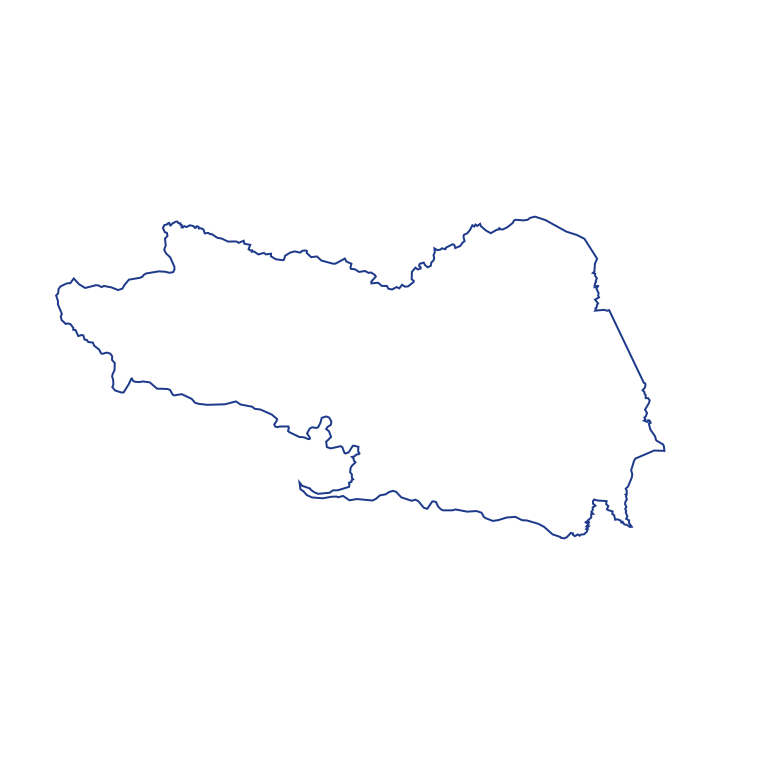 Norosi, Bolívar, Colombia (Natural Earth projection), rotated 60°
{"feature_id": "7082276B10852217630154", "entity_name": "Norosi", "entity_type": "district", "adm_level": 2, "iso_a3": "COL", "parent_name": "Colombia", "parent_adm1": "Bolívar", "projection": "natural_earth1", "projection_center": [-74.124, 8.493], "detail": "fine", "context": "isolated", "style": "outline", "palette": "blue", "viewbox_px": 768, "rotation_deg": 60, "n_neighbors": 0, "source": "geoboundaries", "source_scale": "gbopen_adm2", "svg_char_len": 6165}
<svg xmlns="http://www.w3.org/2000/svg" viewBox="0 0 768 768"><g transform="rotate(60 384 384)"><path d="M137.5,599.9L139.8,605.2L138.3,608.3L137.7,615.3L139.1,618.4L142.5,620.8L143.4,623.7L149.3,624.9L151.9,626.6L162.2,627.9L163.9,630.1L167.3,631.2L172.9,629.6L173.4,627.6L175.2,625.7L179.8,625.0L181.7,626.0L182.9,624.2L189.6,624.8L190.4,621.3L191.6,620.1L195.9,621.1L197.1,619.4L199.8,619.1L202.6,615.4L206.0,615.9L211.6,613.5L216.0,613.7L217.1,612.7L218.1,608.6L220.5,606.1L222.7,605.6L224.4,605.7L227.2,607.5L231.2,606.7L237.4,610.5L239.7,614.1L241.8,615.8L245.1,616.5L249.4,618.8L250.8,620.8L255.0,620.2L260.0,615.8L261.1,613.7L256.5,605.1L253.1,600.3L253.2,599.6L255.9,599.7L257.5,598.6L260.0,595.0L261.2,591.6L265.5,586.0L274.5,582.9L280.0,574.1L282.0,572.3L287.7,572.3L288.9,571.5L291.7,564.2L300.7,558.0L305.8,557.0L308.7,554.2L313.7,547.4L322.0,532.0L325.1,520.9L330.0,518.5L337.8,509.5L340.8,508.4L344.3,503.8L354.3,496.5L360.9,494.1L362.5,495.7L364.1,499.3L366.4,499.5L368.2,497.7L368.6,495.7L373.0,488.0L374.5,488.4L376.7,490.6L378.3,490.1L387.5,483.9L390.2,479.9L393.9,477.1L394.4,475.8L393.4,475.0L388.4,475.4L385.5,470.7L385.5,467.9L388.2,464.7L388.5,462.6L385.9,458.6L382.2,454.8L383.2,450.3L385.6,448.3L390.1,448.3L392.1,449.8L392.8,450.6L393.0,454.4L394.1,456.6L397.4,455.3L403.4,456.3L405.1,463.0L410.1,465.0L413.1,462.4L416.2,452.6L418.0,451.7L423.8,452.7L424.9,452.2L425.5,448.7L421.9,441.9L422.9,440.3L425.6,437.6L429.4,440.1L431.8,439.9L432.2,440.9L431.3,442.9L431.8,446.0L431.2,448.2L433.3,447.5L435.2,448.4L437.6,447.9L438.8,452.8L440.1,455.0L443.6,457.5L445.9,457.0L449.3,458.7L451.2,458.4L451.1,460.3L452.5,461.1L452.0,463.7L454.3,464.5L455.6,465.8L452.9,477.2L450.6,481.4L451.0,485.4L446.2,495.9L442.9,498.5L438.8,500.4L437.7,500.2L431.2,505.8L427.0,506.4L433.4,509.0L436.6,507.4L441.6,506.4L446.3,503.0L452.3,494.3L455.3,486.1L457.7,481.4L459.1,480.4L460.5,475.4L467.4,472.1L470.2,464.8L479.2,452.1L479.4,448.1L478.4,443.2L480.4,437.6L480.1,433.6L481.0,429.7L483.4,427.4L490.8,425.7L499.0,418.4L499.8,414.8L502.5,412.9L511.1,411.4L513.7,409.0L509.9,400.9L510.2,400.1L512.1,398.0L517.1,398.4L520.7,397.5L522.9,396.1L527.7,387.7L528.4,384.8L536.2,375.7L540.2,367.5L544.2,363.9L549.1,364.0L551.1,363.0L557.0,358.2L559.0,353.1L561.0,344.4L564.7,336.7L571.0,332.5L573.6,328.5L582.2,320.3L587.7,316.8L598.5,313.2L604.6,307.8L605.5,307.8L607.8,305.1L608.1,302.2L606.4,296.8L607.8,295.1L608.8,295.8L611.2,294.8L611.2,291.4L613.2,290.4L612.8,289.0L614.2,285.8L613.3,282.3L611.7,280.2L610.7,281.3L609.6,277.9L608.5,279.7L607.5,276.9L604.6,278.5L604.3,277.5L605.8,275.7L604.0,275.4L603.3,271.4L600.2,269.5L601.0,267.8L598.5,268.4L597.4,266.1L595.2,265.0L595.1,261.8L592.1,262.8L589.9,261.5L589.1,259.8L591.6,257.4L596.7,249.8L599.0,251.6L602.0,250.8L603.8,253.5L604.9,253.2L608.7,249.7L610.6,251.3L612.7,250.3L617.1,251.7L617.8,249.6L620.6,247.3L622.5,247.8L623.2,247.1L622.9,246.2L625.7,246.1L627.6,244.0L630.8,242.5L631.5,240.8L626.8,241.3L624.7,239.9L621.8,241.7L620.3,239.4L615.9,238.8L615.0,237.7L612.8,237.6L611.5,235.5L608.5,235.3L606.5,233.6L605.5,231.5L602.3,230.6L601.6,229.6L600.5,230.0L600.4,228.7L598.0,227.2L595.5,227.0L594.8,223.9L588.9,216.2L586.3,214.1L582.3,213.1L575.3,205.6L574.3,203.4L576.7,183.3L582.1,174.6L577.8,172.7L575.8,172.6L569.5,176.2L568.1,176.4L565.1,175.4L556.6,176.1L550.9,174.5L550.9,172.4L548.1,172.4L547.6,173.4L548.6,173.3L548.5,174.9L545.7,177.2L545.3,175.5L543.2,175.2L543.1,173.7L540.6,170.7L536.7,170.7L532.8,163.8L531.0,162.1L528.5,162.3L527.0,164.4L524.4,162.9L523.1,163.3L521.0,162.5L518.7,163.2L517.7,160.1L515.9,158.2L514.1,157.5L512.8,158.4L432.6,152.1L432.2,154.0L429.7,156.5L426.1,164.4L425.4,163.2L424.2,163.1L424.0,161.6L421.7,159.6L421.3,158.3L416.4,159.0L416.5,154.5L414.6,154.4L412.5,152.7L407.4,152.3L406.3,149.6L405.7,149.9L405.3,153.2L402.5,151.1L401.6,149.2L400.6,149.2L398.9,146.8L396.0,147.1L394.1,146.0L392.3,147.6L391.9,145.6L385.3,141.2L382.0,136.8L358.5,137.8L351.6,142.3L343.2,149.9L322.8,162.2L314.6,169.5L313.2,174.3L313.6,177.5L312.1,181.3L307.6,187.9L307.4,189.6L308.9,192.0L309.9,198.7L309.6,203.7L308.7,205.3L306.7,206.2L307.6,207.3L306.8,209.2L306.8,216.1L302.4,218.8L295.8,221.2L293.4,220.7L293.7,224.3L291.7,225.0L292.7,227.2L290.7,228.1L293.5,232.3L295.1,236.4L294.8,240.3L296.3,241.6L300.6,242.8L300.8,245.1L302.6,249.1L301.9,254.3L298.9,253.6L297.3,254.6L296.9,262.0L298.0,263.4L295.5,265.9L295.8,268.0L294.7,270.9L291.8,272.5L295.4,274.2L297.1,276.6L300.3,277.7L301.7,279.4L302.5,282.3L305.0,284.4L304.8,287.8L301.5,289.0L298.7,288.9L297.8,292.9L299.2,294.6L301.5,293.9L302.3,294.6L301.7,297.4L299.0,298.6L300.8,303.7L307.0,307.6L309.6,306.7L310.5,307.4L311.5,314.3L310.2,317.2L307.1,318.7L308.8,322.9L306.3,324.7L306.2,329.8L303.6,332.6L300.6,332.4L297.9,336.9L293.4,338.4L290.6,344.6L289.0,343.9L286.9,337.4L285.3,337.3L281.0,339.4L280.0,341.9L276.7,343.8L274.5,349.5L270.0,351.9L267.9,355.0L266.6,355.0L263.6,352.1L259.2,355.3L255.8,355.2L255.5,365.9L254.4,367.9L245.8,376.5L240.0,378.3L237.7,383.7L231.9,385.4L230.1,384.3L228.9,385.6L227.8,388.0L228.3,390.9L224.5,395.0L223.3,399.8L223.5,405.5L226.3,408.4L226.4,409.4L221.9,415.3L216.8,418.1L214.7,416.7L212.8,421.3L210.4,422.5L209.0,428.0L204.3,430.3L203.4,432.3L202.3,431.5L201.4,433.0L199.6,433.9L196.6,430.3L192.7,434.8L189.8,433.9L189.1,439.4L187.4,440.0L185.9,442.0L182.8,447.7L176.9,451.9L173.8,455.4L168.2,458.1L167.3,459.7L165.3,460.6L163.9,463.9L159.8,463.1L157.6,464.6L156.7,466.6L155.1,466.0L154.3,466.6L153.7,467.7L154.5,468.6L154.4,469.6L151.9,470.2L149.5,472.7L149.4,476.5L147.3,478.1L147.9,479.8L147.2,481.0L145.2,479.7L144.2,480.7L143.1,480.0L141.8,481.7L140.0,481.7L139.3,483.3L139.2,487.2L140.1,489.4L138.8,490.0L137.2,489.4L136.8,490.4L137.3,492.6L136.5,494.6L138.4,497.5L142.9,497.9L144.5,496.5L147.4,497.4L148.6,501.0L154.8,503.7L157.9,507.3L162.1,507.4L167.4,505.8L177.6,506.9L180.2,508.3L181.7,510.7L180.3,514.4L177.6,517.1L173.9,522.6L169.3,534.8L169.4,537.4L170.3,539.6L170.0,542.3L166.1,552.7L168.4,559.1L170.6,562.8L169.7,567.3L164.1,571.7L159.0,577.6L158.9,580.1L155.7,582.2L154.4,584.1L151.4,594.8L145.2,598.2L137.5,599.9Z" fill="none" stroke="#1e3a8a" stroke-width="2"/></g></svg>